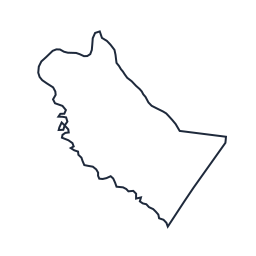 the district of Floresta, Paraná, Brazil, rotated 100°
{"feature_id": "56859067B84288078304543", "entity_name": "Floresta", "entity_type": "district", "adm_level": 2, "iso_a3": "BRA", "parent_name": "Brazil", "parent_adm1": "Paraná", "projection": "natural_earth1", "projection_center": [-52.094, -23.605], "detail": "fine", "context": "isolated", "style": "outline", "palette": "slate", "viewbox_px": 256, "rotation_deg": 100, "n_neighbors": 0, "source": "geoboundaries", "source_scale": "gbopen_adm2", "svg_char_len": 1546}
<svg xmlns="http://www.w3.org/2000/svg" viewBox="0 0 256 256"><g transform="rotate(100 128 128)"><path d="M104.7,205.9L107.9,205.0L112.8,206.8L116.3,204.2L117.6,196.4L121.1,192.3L125.0,193.2L125.8,197.1L128.9,198.5L128.3,194.2L128.3,190.8L132.2,188.8L136.5,190.8L139.7,186.6L142.7,185.6L143.7,188.9L146.1,191.3L149.0,191.4L150.4,184.6L152.5,180.1L155.6,178.3L157.7,180.9L159.3,177.1L159.9,173.1L163.0,172.2L165.3,168.7L168.1,167.2L172.1,164.6L172.2,160.8L172.2,155.9L174.3,152.1L177.1,149.7L180.2,149.2L182.9,147.5L182.6,144.1L181.1,140.5L178.5,136.7L180.3,133.8L184.1,131.2L187.8,129.1L187.3,122.6L188.4,119.1L190.3,116.6L189.0,111.9L191.3,108.6L196.1,107.8L194.1,103.2L198.2,103.6L199.7,100.3L199.9,96.7L202.3,93.6L203.5,89.1L205.5,86.2L208.0,83.1L211.5,81.7L212.2,77.1L214.7,73.7L218.2,71.7L190.5,59.8L175.4,53.1L125.7,29.5L122.9,29.7L119.6,30.0L121.9,76.6L115.8,81.8L112.5,85.7L109.0,90.2L107.0,92.9L105.7,96.2L103.6,103.4L102.0,108.6L99.3,112.3L94.3,116.2L92.2,118.8L89.6,120.8L87.6,123.3L85.1,127.4L81.3,132.5L78.7,137.5L75.8,140.5L73.3,142.8L71.3,145.2L68.5,147.6L65.9,150.6L62.4,151.7L58.1,153.0L53.4,154.9L49.0,159.7L45.9,163.9L43.8,169.3L37.8,172.6L40.1,176.9L45.7,178.3L51.6,177.7L57.4,177.2L61.8,178.0L64.2,180.6L64.9,183.8L63.7,188.3L63.1,192.1L64.3,200.4L64.0,204.3L62.5,208.6L63.0,212.2L65.1,215.6L72.5,221.0L77.5,224.9L83.0,226.5L89.1,226.0L93.1,223.9L95.8,220.8L98.1,215.8L101.0,208.8L104.7,205.9ZM136.5,190.8L134.1,194.3L139.3,195.7L142.0,195.9L141.0,191.4L136.5,190.8Z" fill="none" stroke="#1e293b" stroke-width="2"/></g></svg>